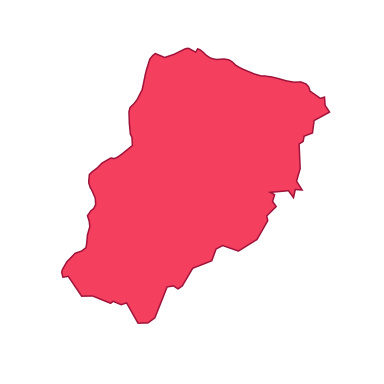 Novo Selo, Novo Selo, North Macedonia, rotated 201°
{"feature_id": "65306769B50594974244279", "entity_name": "Novo Selo", "entity_type": "district", "adm_level": 2, "iso_a3": "MKD", "parent_name": "North Macedonia", "parent_adm1": "Novo Selo", "projection": "mercator", "projection_center": [22.902, 41.433], "detail": "fine", "context": "isolated", "style": "filled", "palette": "rose", "viewbox_px": 384, "rotation_deg": 201, "n_neighbors": 0, "source": "geoboundaries", "source_scale": "gbopen_adm2", "svg_char_len": 1644}
<svg xmlns="http://www.w3.org/2000/svg" viewBox="0 0 384 384"><g transform="rotate(201 192 192)"><path d="M181.6,61.2L181.2,94.5L175.5,97.7L170.3,96.5L167.4,100.9L164.0,121.1L148.9,134.9L149.1,147.4L144.2,153.0L127.5,153.5L114.3,171.0L111.0,192.4L113.7,196.4L108.2,208.6L113.4,212.1L113.9,219.1L118.8,219.7L102.4,227.8L95.2,223.1L96.5,231.4L89.9,233.3L98.3,239.6L99.4,252.6L109.2,275.2L106.4,279.0L107.3,284.3L100.7,290.3L103.6,302.5L92.2,315.9L98.8,320.6L102.3,328.1L105.7,325.4L118.1,328.5L119.1,330.0L121.0,332.1L124.0,333.6L124.8,333.7L129.8,333.8L135.7,331.2L143.6,329.6L152.4,328.8L159.3,327.9L166.6,326.1L168.5,325.2L176.5,324.5L188.5,324.9L192.6,325.3L196.9,326.1L200.8,327.8L204.7,328.6L209.3,327.8L211.9,326.7L214.1,325.6L217.0,324.4L219.7,323.9L222.9,323.7L225.4,324.2L227.8,324.8L232.1,326.6L235.2,327.6L238.0,327.7L238.7,323.9L243.4,324.5L246.3,324.9L248.2,324.3L250.0,322.9L253.3,319.3L258.0,314.2L265.7,307.8L275.9,308.1L277.6,305.2L279.0,301.0L278.3,289.6L277.7,284.9L276.2,276.1L275.2,269.7L276.3,258.8L277.7,253.9L279.8,249.3L280.1,248.5L279.6,244.3L275.0,233.4L270.2,223.8L267.7,221.6L264.3,214.0L269.2,205.5L271.0,202.3L274.7,197.0L276.7,195.3L279.9,194.7L286.3,186.9L289.2,180.3L292.5,175.1L294.1,171.6L292.3,165.2L291.5,163.3L288.3,159.3L287.0,158.6L280.1,151.6L277.4,145.6L277.9,141.3L279.7,138.1L281.1,132.4L277.4,127.7L275.0,123.0L274.2,114.2L272.9,109.9L271.6,105.0L271.1,102.0L273.9,97.3L279.1,93.0L283.8,82.1L285.2,73.2L284.9,70.4L282.0,66.2L277.3,68.9L257.7,55.2L247.5,59.3L228.1,58.9L226.4,61.7L217.8,61.4L213.3,65.0L195.4,50.2L186.2,54.0L181.6,61.2Z" fill="#f43f5e" stroke="#9f1239" stroke-width="1.5"/></g></svg>